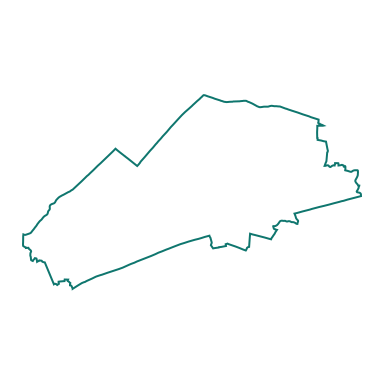 Gia Rai, Bạc Liêu, Vietnam (Albers equal-area conic projection)
{"feature_id": "81297802B74217032443586", "entity_name": "Gia Rai", "entity_type": "district", "adm_level": 2, "iso_a3": "VNM", "parent_name": "Vietnam", "parent_adm1": "Bạc Liêu", "projection": "albers", "projection_center": [105.394, 9.263], "detail": "fine", "context": "isolated", "style": "outline", "palette": "teal", "viewbox_px": 384, "rotation_deg": 0, "n_neighbors": 0, "source": "geoboundaries", "source_scale": "gbopen_adm2", "svg_char_len": 5934}
<svg xmlns="http://www.w3.org/2000/svg" viewBox="0 0 384 384"><path d="M72.7,288.8L77.7,285.6L81.8,283.1L83.7,282.3L85.1,281.9L86.4,281.1L92.2,278.5L95.0,277.1L96.3,276.5L100.2,275.2L102.0,274.7L107.4,272.8L118.4,269.2L119.3,268.9L120.6,268.4L122.6,267.7L129.0,264.8L131.1,263.9L134.4,262.7L136.9,261.5L151.3,255.9L155.5,254.1L158.4,252.7L161.9,251.4L166.5,249.5L168.2,248.9L173.5,246.8L180.0,244.3L180.9,244.0L183.9,243.1L188.8,241.5L190.9,240.9L194.7,239.8L198.4,238.9L201.5,238.0L204.9,236.9L209.4,235.7L209.6,236.5L209.8,236.8L210.2,237.4L210.4,237.7L211.7,242.4L211.7,242.9L211.6,243.2L211.0,244.8L210.9,245.2L213.1,248.4L214.6,248.1L218.8,247.5L218.9,247.2L221.4,246.9L226.0,246.0L225.7,244.2L227.6,243.6L228.2,244.0L235.5,246.5L239.2,247.9L243.3,249.6L245.8,250.5L246.2,249.9L246.4,249.5L247.1,247.8L247.6,247.4L247.9,247.2L249.1,246.9L249.8,237.2L250.1,233.7L252.4,234.4L254.9,235.0L264.6,237.5L268.8,238.7L271.1,239.3L271.6,238.0L272.4,237.0L273.3,235.6L274.6,233.8L275.4,232.2L276.9,229.9L276.3,229.8L275.4,229.3L274.5,229.2L274.3,229.0L274.0,228.8L273.7,228.2L273.3,226.7L273.2,226.3L273.3,226.1L273.7,226.2L274.1,226.2L274.7,226.1L275.4,226.0L276.0,225.7L276.9,225.2L277.5,224.6L277.9,224.2L279.0,222.7L279.8,221.5L280.0,221.3L280.3,221.1L281.0,220.8L281.6,220.7L282.2,220.7L283.3,220.9L283.7,220.9L285.0,220.8L285.6,221.0L286.1,221.3L286.9,221.5L287.2,221.5L288.4,221.2L289.4,221.2L290.2,221.4L291.1,221.9L291.5,222.1L293.7,222.2L295.2,222.9L296.3,223.7L296.5,223.8L297.4,223.9L297.5,223.2L298.1,221.3L298.1,220.9L298.0,220.6L297.8,220.3L297.0,219.5L296.6,219.0L296.0,218.0L295.6,216.4L294.5,213.6L295.8,213.3L297.0,213.0L302.3,211.5L309.8,209.6L312.0,208.9L319.2,207.0L323.9,205.9L329.0,204.6L334.1,203.2L339.2,201.9L341.6,201.2L343.6,200.8L347.5,199.6L361.0,196.1L360.9,194.2L360.8,193.9L360.5,193.4L360.0,193.0L359.7,192.8L359.0,192.6L357.4,192.3L357.1,192.2L356.8,191.8L356.7,191.6L356.8,191.2L357.7,189.8L358.5,188.2L358.6,187.9L358.7,187.1L358.8,186.8L359.3,185.8L359.3,185.6L359.1,185.6L358.9,185.6L358.3,185.8L358.2,185.7L357.7,184.6L357.5,184.3L356.3,183.0L355.9,182.4L355.5,181.7L355.3,181.1L355.3,180.8L355.5,180.0L355.8,179.4L356.3,178.6L357.3,176.6L357.7,175.5L357.8,174.9L357.9,173.2L358.0,172.3L357.9,171.1L357.8,170.5L357.5,170.3L357.1,170.2L355.8,170.3L355.2,170.2L354.5,170.3L353.9,170.4L353.1,170.7L352.4,171.1L351.6,171.7L351.2,171.8L350.7,171.8L350.2,171.7L347.4,170.8L346.0,170.5L345.2,170.3L345.4,168.5L345.4,166.7L345.3,166.4L345.2,166.2L344.6,166.2L344.5,166.3L344.4,166.6L344.2,166.8L343.8,166.7L343.7,166.6L343.7,165.6L343.5,165.4L343.2,165.4L342.1,164.9L341.7,164.9L340.8,165.2L338.5,165.5L338.4,163.8L338.4,163.3L338.3,163.2L336.0,163.1L335.1,163.1L335.1,164.2L335.0,164.4L334.8,164.4L334.7,164.5L334.6,165.5L333.3,165.4L332.9,165.5L332.2,165.8L331.7,166.1L330.8,166.8L330.4,167.0L330.0,166.9L329.6,166.8L329.2,166.4L328.6,165.7L328.0,165.3L327.5,165.3L327.1,165.3L325.1,165.9L324.6,165.9L325.6,163.1L326.4,161.3L327.0,154.8L327.2,152.5L327.4,152.4L327.5,152.2L327.8,151.2L327.9,150.9L327.5,149.3L326.0,141.6L323.6,141.2L321.1,140.5L317.6,139.9L317.6,138.1L317.2,138.0L317.2,137.1L317.1,132.1L317.3,127.9L317.3,125.8L323.0,125.7L323.5,125.6L322.1,124.9L319.3,123.9L319.4,123.6L318.4,123.2L318.2,122.8L318.3,122.3L318.5,121.6L318.6,119.6L311.0,117.2L308.9,116.3L302.9,114.4L297.6,112.5L295.4,111.8L292.6,110.9L291.9,110.7L290.8,110.3L288.6,109.6L286.5,108.8L285.6,108.6L280.0,106.5L278.1,106.4L276.4,106.2L274.3,106.2L272.5,105.9L271.7,105.8L270.9,105.9L269.9,106.1L268.6,106.5L267.9,106.7L265.9,106.7L263.8,106.7L261.2,107.1L260.1,107.2L259.3,107.1L257.0,106.2L256.0,105.6L252.4,103.6L249.3,102.2L247.6,101.6L246.4,100.9L245.6,100.8L243.7,100.8L242.4,101.0L240.9,101.1L239.5,101.3L233.3,101.5L232.5,101.7L229.6,101.8L227.9,102.0L226.4,102.1L225.2,101.9L224.2,101.8L221.9,101.0L221.0,100.8L220.1,100.4L214.7,98.7L212.7,97.9L207.7,96.3L205.3,95.4L204.4,95.2L203.5,95.2L202.3,96.3L201.7,97.0L200.6,97.9L199.8,98.8L197.1,101.1L194.2,103.8L193.2,104.7L191.9,106.0L189.0,108.6L185.1,112.0L181.9,115.1L180.5,116.6L178.0,119.3L175.0,122.6L172.9,124.9L170.8,127.1L169.8,128.3L166.9,131.8L162.7,136.3L160.8,138.6L158.2,141.4L157.0,142.9L155.6,144.4L152.9,147.7L150.1,150.7L144.5,157.3L140.5,161.8L140.2,162.5L139.8,163.0L138.6,164.5L137.2,166.0L127.7,158.4L126.1,157.2L119.7,152.2L117.1,150.1L115.5,148.7L113.1,151.2L100.5,163.3L97.7,165.8L93.3,170.2L90.2,173.1L88.4,174.9L87.0,176.0L81.6,181.3L72.8,189.5L72.4,189.8L71.5,190.2L70.1,191.3L69.1,191.8L68.3,192.1L63.4,194.8L62.1,195.4L59.5,196.9L58.6,197.6L58.0,198.2L56.4,199.9L56.1,200.3L55.0,202.4L54.5,202.9L54.0,203.3L51.5,204.2L51.2,204.4L50.4,205.0L49.9,205.7L49.7,206.5L49.8,208.6L49.8,209.0L49.5,209.7L48.7,210.6L48.2,211.3L48.0,212.0L47.7,213.4L47.5,213.9L47.1,214.4L46.6,214.9L45.2,215.7L44.4,216.2L43.2,217.4L41.6,219.5L41.1,220.0L40.1,220.8L39.2,221.8L37.2,224.4L36.9,224.9L36.8,225.2L35.9,226.4L34.9,227.6L34.0,228.9L32.5,230.7L31.6,231.9L31.0,232.6L30.6,233.0L29.5,233.5L25.7,234.8L25.0,234.9L24.1,234.7L23.4,234.4L23.2,236.0L23.1,242.2L23.0,244.2L23.1,245.8L23.2,246.0L24.1,246.6L25.4,247.3L26.2,247.6L26.1,248.0L28.4,247.8L28.9,248.8L30.2,249.9L30.8,250.5L31.0,250.9L31.1,251.7L30.6,252.6L30.4,253.4L30.3,255.3L30.4,256.0L30.7,256.6L30.8,257.3L31.0,259.3L31.2,260.2L31.3,260.3L31.8,260.5L32.5,260.9L32.8,261.0L33.5,259.8L34.5,258.9L34.7,258.5L34.8,258.2L35.2,258.2L36.1,258.4L36.4,258.5L36.5,258.7L36.7,259.4L37.1,261.8L37.4,261.6L38.8,260.9L39.3,260.8L39.4,260.4L40.1,260.5L41.6,260.7L41.9,261.0L42.2,261.6L43.2,262.1L44.8,262.4L53.9,284.3L54.5,283.8L55.0,283.7L55.2,283.8L55.6,284.0L56.3,284.1L57.2,285.0L58.0,284.4L58.9,283.8L58.6,282.8L58.6,281.7L60.0,281.5L63.2,281.2L64.5,281.1L64.7,279.5L68.0,279.6L67.9,279.8L67.5,280.6L67.6,280.9L67.8,281.1L68.4,281.4L68.9,281.7L69.4,282.3L70.3,283.0L70.0,284.2L70.0,285.3L70.8,285.4L71.2,285.7L71.7,286.3L72.3,287.9L72.7,288.5L72.7,288.8Z" fill="none" stroke="#0f766e" stroke-width="2"/></svg>